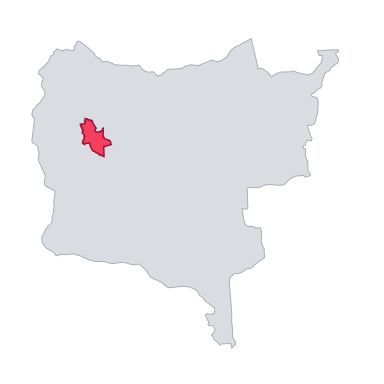 Banalia, Orientale, Democratic Republic of the Congo shown in context, rotated 266°
{"feature_id": "63176286B83745324886444", "entity_name": "Banalia", "entity_type": "district", "adm_level": 2, "iso_a3": "COD", "parent_name": "Democratic Republic of the Congo", "parent_adm1": "Orientale", "projection": "orthographic", "projection_center": [25.603, 1.49], "detail": "fine", "context": "in_parent", "style": "filled", "palette": "rose", "viewbox_px": 384, "rotation_deg": 266, "n_neighbors": 0, "source": "geoboundaries", "source_scale": "gbopen_adm2", "svg_char_len": 7222}
<svg xmlns="http://www.w3.org/2000/svg" viewBox="0 0 384 384"><g transform="rotate(266 192 192)"><path d="M340.9,261.8L310.1,266.7L310.7,268.5L310.4,270.3L309.6,271.7L306.4,275.5L301.8,279.0L301.7,279.8L304.0,283.7L305.5,289.0L305.0,298.3L305.6,300.8L305.5,302.7L303.9,304.9L300.7,316.1L302.7,321.5L308.7,326.5L312.2,330.2L318.1,331.6L319.0,331.4L319.5,328.2L324.2,327.1L323.9,346.8L323.5,347.9L322.6,348.2L321.5,347.6L321.2,345.7L320.0,344.9L314.2,347.3L312.7,347.3L311.1,346.8L310.0,345.8L309.6,344.3L305.6,338.6L303.7,338.2L301.5,333.0L292.4,329.2L288.9,328.9L287.1,327.8L285.3,323.7L282.3,321.0L281.6,318.1L281.0,317.7L279.1,318.3L277.5,322.9L275.4,324.0L271.7,324.1L262.3,322.8L255.6,320.4L253.9,320.5L251.2,318.4L250.1,314.8L250.7,312.1L250.2,311.7L240.0,314.0L237.5,315.4L235.2,315.0L234.5,314.3L235.5,312.4L235.0,310.3L234.2,309.4L231.2,308.6L230.2,306.4L228.4,306.1L227.8,306.4L227.3,307.9L226.2,308.4L220.1,307.7L213.7,309.6L205.2,309.1L201.2,311.4L200.6,311.3L199.7,310.2L198.9,306.4L199.3,305.4L200.6,304.6L201.0,303.1L200.5,299.2L200.9,298.3L200.4,296.0L199.1,292.4L197.2,289.5L193.3,285.0L192.6,283.0L192.8,278.0L194.0,270.2L193.8,264.3L192.2,260.5L191.8,256.4L192.7,249.1L191.7,247.3L172.2,246.6L171.4,246.1L171.0,245.1L171.9,240.7L160.0,241.8L156.4,242.6L154.3,244.4L153.6,246.6L153.6,249.8L151.8,252.9L151.4,258.0L148.1,258.6L144.8,258.6L138.5,257.5L132.4,258.9L129.4,260.3L127.8,259.6L122.3,260.1L121.6,259.7L115.1,249.5L112.3,246.1L111.7,244.5L111.9,242.9L111.1,240.7L108.1,235.5L107.5,233.0L107.5,229.2L107.2,227.9L104.5,224.6L102.7,223.5L100.8,222.9L69.3,223.2L58.9,222.5L51.3,222.9L47.5,222.6L46.4,222.2L43.0,222.8L41.2,224.2L38.5,224.9L36.9,224.6L33.5,220.8L37.9,220.1L38.2,219.8L38.4,210.6L37.2,209.3L39.5,207.8L43.2,203.8L46.9,202.4L47.4,201.6L48.2,201.6L49.6,203.3L52.8,205.5L56.8,203.6L57.2,203.1L57.7,199.2L58.7,198.8L60.4,199.7L61.4,199.7L63.1,198.6L68.2,196.6L69.7,199.1L68.3,201.4L69.0,203.0L69.2,205.5L70.0,206.1L74.1,206.4L75.2,205.8L83.1,196.8L85.2,195.8L88.6,192.2L93.0,190.6L94.9,187.8L97.5,182.8L98.6,175.5L98.1,162.9L98.4,161.2L103.8,155.6L109.4,145.3L113.2,142.6L116.0,141.5L120.4,137.8L123.9,134.0L123.4,129.4L124.2,125.7L126.1,120.9L126.8,115.8L126.1,110.4L126.4,106.0L129.0,99.0L129.3,91.0L131.6,84.2L136.3,75.7L138.6,69.3L138.2,63.0L138.8,58.4L138.6,55.7L137.8,53.3L138.2,51.8L140.0,51.2L142.2,48.9L146.2,42.7L150.5,39.7L153.4,38.8L156.5,38.9L158.5,39.4L161.8,41.8L165.5,43.8L168.2,46.2L171.0,50.0L177.6,50.8L180.4,52.2L182.2,52.7L182.8,52.3L184.2,52.5L187.3,53.6L189.8,53.0L202.1,55.5L203.5,54.3L207.0,47.9L209.5,45.6L213.7,45.4L217.0,46.7L218.8,46.7L233.9,41.1L235.9,40.9L241.4,42.2L244.9,41.3L246.4,41.6L249.5,40.6L252.0,36.7L254.1,35.8L275.8,40.0L279.1,37.9L280.7,37.7L285.5,39.2L287.0,41.6L289.9,43.6L292.0,47.0L295.2,48.9L296.8,50.7L298.7,51.9L302.7,52.3L307.7,49.3L311.2,49.6L314.8,51.3L316.0,51.2L318.7,49.4L320.1,47.5L321.5,47.1L323.6,47.9L325.3,49.7L326.8,52.3L332.3,58.0L337.5,60.5L338.9,64.0L340.7,63.7L341.7,64.0L343.1,66.3L344.0,66.7L344.2,67.6L342.9,69.8L341.7,73.8L343.3,76.3L342.0,79.9L341.3,83.7L343.0,84.6L345.2,84.5L347.2,86.5L348.8,86.8L350.5,88.8L350.1,90.5L344.9,96.6L337.2,104.1L334.6,105.0L333.2,106.4L332.2,108.6L330.0,110.4L328.2,111.2L328.1,116.6L325.5,122.2L324.5,123.3L323.0,132.4L323.3,133.9L321.8,141.4L322.1,148.3L318.3,150.4L315.7,153.8L314.6,156.2L314.6,161.8L310.3,165.3L310.0,166.0L311.1,170.0L312.6,170.6L312.6,172.0L316.1,176.2L315.8,189.3L316.0,190.6L317.8,193.6L319.0,199.6L317.6,207.1L322.3,220.8L320.1,225.8L321.1,230.7L323.9,235.7L330.4,240.6L332.2,242.7L333.8,245.4L335.3,249.7L340.9,261.8Z" fill="#d9dde1" stroke="#a8b0b8" stroke-width="1"/><path d="M271.9,90.5L271.5,90.6L270.5,90.6L270.4,90.5L270.3,90.3L270.2,90.0L270.2,89.7L269.7,89.7L269.5,89.9L269.4,90.0L269.2,90.3L268.7,90.4L268.2,90.4L267.8,89.9L267.7,89.7L267.6,89.4L267.5,89.1L267.4,87.9L267.5,87.8L267.6,87.6L267.6,87.4L267.3,87.2L267.3,86.9L267.4,86.4L267.5,86.3L267.5,86.1L267.4,85.3L267.1,85.3L266.9,85.3L266.6,85.3L266.4,85.4L266.3,85.6L266.2,85.6L265.9,85.7L265.7,85.7L265.5,85.9L265.3,86.0L265.2,86.2L264.9,86.0L264.8,85.9L264.6,85.9L264.5,86.0L264.3,86.1L264.2,86.2L263.9,86.4L264.0,86.5L263.9,86.6L263.7,86.7L263.2,86.7L262.9,86.6L262.7,86.6L262.3,86.8L261.9,86.9L261.8,87.1L261.7,87.4L261.6,87.5L261.5,87.8L261.3,88.0L260.9,87.8L260.7,87.8L260.6,87.7L260.3,87.1L260.0,87.2L259.8,87.1L259.5,87.0L259.4,87.0L259.2,87.0L258.9,86.8L258.8,86.7L258.6,86.8L258.3,87.0L258.0,87.1L257.9,87.3L257.7,87.6L257.1,87.9L256.9,88.1L256.7,88.2L256.3,88.4L256.0,88.5L255.7,88.5L255.4,88.6L255.2,88.4L255.1,88.5L255.1,88.4L254.8,88.5L254.7,88.4L254.4,88.5L254.1,88.5L254.0,88.4L253.8,88.2L253.6,88.1L253.3,88.1L253.2,88.0L252.9,88.0L252.6,88.1L252.4,87.9L252.2,87.9L252.0,87.7L251.9,87.7L251.7,87.6L251.5,87.4L251.3,87.4L251.2,87.3L251.1,87.2L250.9,86.9L250.6,86.8L250.5,86.7L250.4,86.6L250.2,86.7L249.7,86.6L249.4,86.5L248.8,86.2L248.5,86.3L248.4,86.3L248.2,86.5L248.0,86.8L247.9,87.0L247.6,87.0L247.4,87.2L247.3,87.4L247.3,87.5L247.2,87.6L247.1,87.9L247.3,87.8L247.5,87.9L247.8,87.9L247.9,88.0L247.8,88.5L247.8,88.8L247.8,89.8L247.9,90.6L248.0,91.4L248.0,92.0L248.0,92.8L248.0,93.2L247.8,93.3L247.1,93.4L246.8,93.5L246.5,93.5L246.2,93.5L245.7,93.5L245.2,93.7L244.5,94.1L243.6,94.3L242.8,94.6L242.2,94.8L241.6,95.1L241.3,95.2L240.9,95.5L240.7,95.6L240.2,95.9L239.9,96.1L239.8,96.5L239.5,97.0L239.2,97.5L238.8,98.1L238.3,98.7L237.9,99.1L237.7,99.3L237.6,99.7L237.5,100.3L237.4,100.5L237.0,100.9L236.7,101.3L236.2,101.7L235.9,101.9L235.7,102.0L235.3,102.3L235.5,102.5L235.8,102.9L235.8,103.0L235.4,103.5L234.9,104.3L234.8,104.6L234.5,104.7L234.4,104.8L234.3,105.0L234.2,105.3L234.1,105.5L234.1,105.8L233.8,106.0L233.7,106.1L233.5,106.7L243.6,107.1L243.5,108.5L244.2,111.1L244.5,112.7L245.0,114.7L245.4,114.5L245.5,114.4L245.9,114.4L246.5,114.4L247.0,114.4L247.6,114.2L248.5,113.9L248.8,113.7L249.1,113.5L249.4,112.5L249.5,112.5L249.6,112.3L249.5,112.1L249.6,111.9L249.9,111.8L249.9,111.7L250.0,111.6L250.1,111.3L250.8,109.7L251.1,108.9L251.3,108.8L251.8,108.5L252.0,108.3L252.2,107.9L252.5,107.3L252.6,107.2L253.0,107.4L253.2,107.5L253.4,107.7L253.6,107.6L254.2,107.6L254.9,107.1L255.2,107.1L255.9,107.1L256.1,107.2L256.3,107.4L256.7,107.5L260.9,107.8L261.8,107.9L261.6,107.5L261.5,107.4L261.4,107.3L261.3,107.2L261.2,107.2L260.9,107.1L260.6,107.2L260.4,107.0L260.0,106.9L259.9,106.8L259.8,106.7L259.7,106.5L259.6,106.4L259.5,106.5L259.5,106.4L259.4,106.4L259.2,106.4L258.9,105.6L258.8,105.2L259.0,104.9L258.9,104.7L258.7,104.5L258.6,104.3L258.6,104.1L258.4,104.1L258.4,103.9L258.4,103.7L258.5,103.5L258.5,103.4L258.4,103.3L258.3,103.2L258.2,103.1L258.5,101.9L258.5,100.8L258.5,100.5L258.9,100.2L259.3,100.0L259.6,99.8L259.8,99.7L260.3,99.6L260.7,99.7L260.9,99.8L261.9,100.3L262.2,100.7L262.3,100.8L263.7,100.1L265.1,99.3L265.8,98.9L267.5,98.0L268.5,97.4L268.9,97.6L269.2,97.7L269.4,97.7L269.6,97.7L269.8,97.2L269.7,96.8L269.7,96.6L269.8,96.5L270.0,96.6L270.3,96.7L270.6,96.6L270.8,96.4L270.8,96.1L270.7,95.4L270.9,95.0L271.1,94.9L271.1,94.6L270.9,94.3L271.0,93.9L271.3,93.7L272.0,93.1L272.3,92.5L272.5,92.0L272.5,91.8L272.4,91.7L272.2,91.6L271.9,91.4L271.7,91.4L271.5,91.1L271.4,91.0L271.5,90.9L271.7,90.7L271.9,90.5Z" fill="#f43f5e" stroke="#9f1239" stroke-width="1.5"/></g></svg>